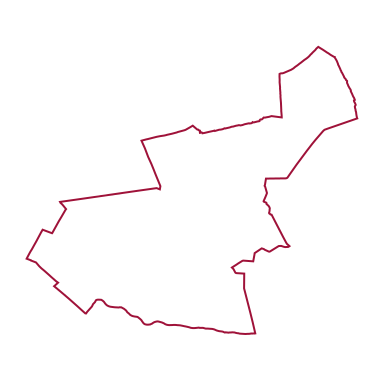 outline of Boldur, Timis, Romania, rotated 179°
{"feature_id": "2599482B65945802034893", "entity_name": "Boldur", "entity_type": "district", "adm_level": 2, "iso_a3": "ROU", "parent_name": "Romania", "parent_adm1": "Timis", "projection": "equal_earth", "projection_center": [21.738, 45.676], "detail": "fine", "context": "isolated", "style": "outline", "palette": "rose", "viewbox_px": 384, "rotation_deg": 179, "n_neighbors": 0, "source": "geoboundaries", "source_scale": "gbopen_adm2", "svg_char_len": 5804}
<svg xmlns="http://www.w3.org/2000/svg" viewBox="0 0 384 384"><g transform="rotate(179 192 192)"><path d="M299.1,187.5L324.1,184.4L323.8,183.8L323.7,183.5L322.1,182.0L320.7,180.3L318.2,177.1L318.7,176.5L323.3,168.9L325.8,164.9L328.1,160.9L332.5,153.3L332.6,153.2L342.0,156.9L343.8,153.9L348.4,145.6L350.8,141.5L353.1,137.5L354.6,135.2L355.8,133.1L358.5,128.2L354.2,126.5L354.2,126.3L349.2,124.3L346.0,120.4L343.9,118.3L341.1,115.9L336.2,111.4L334.0,109.3L329.5,105.2L327.5,103.7L331.5,100.2L325.6,95.1L317.1,87.6L308.6,79.8L303.3,74.8L300.8,72.5L300.0,72.4L299.0,73.9L296.7,76.4L294.2,79.1L293.7,79.9L292.9,81.6L291.0,83.5L290.1,85.1L289.7,85.6L288.8,85.9L287.8,86.0L285.7,85.9L284.6,85.8L283.5,85.1L283.0,84.7L282.0,83.8L280.7,81.9L279.6,80.7L278.6,79.9L276.9,79.1L275.5,78.7L271.4,78.1L267.2,77.8L266.6,78.0L266.4,78.0L265.4,77.9L265.0,78.0L264.7,77.9L263.6,77.3L262.4,76.6L262.0,76.4L261.8,76.2L260.7,75.3L260.2,74.9L259.6,74.1L259.4,73.9L259.3,73.7L259.1,73.4L258.8,72.9L257.2,71.6L255.9,70.2L255.6,70.0L254.1,69.2L253.6,69.0L251.5,68.5L249.5,68.2L248.9,68.1L248.6,68.0L248.3,67.8L246.0,65.9L245.5,65.4L244.8,64.7L244.3,63.8L243.7,63.0L243.4,62.4L243.2,62.2L242.4,61.3L241.9,60.9L241.6,60.7L241.0,60.5L239.9,60.2L238.3,60.1L237.3,60.2L236.1,60.3L234.8,60.9L234.0,61.2L233.6,61.6L232.0,62.5L231.4,62.7L229.8,63.1L228.8,63.2L228.4,63.2L227.5,63.0L224.4,62.1L222.4,61.2L221.1,60.3L220.6,60.1L219.6,59.7L219.1,59.6L218.2,59.4L216.9,59.3L214.5,59.3L212.8,59.4L212.0,59.4L211.6,59.4L211.2,59.4L208.6,59.1L207.2,59.0L206.2,58.9L203.9,58.4L202.3,58.0L200.8,57.7L199.1,57.3L197.2,56.8L195.5,56.2L193.4,55.9L192.3,55.9L191.7,55.9L190.5,56.0L188.4,56.2L187.5,56.3L187.1,56.1L186.4,56.0L184.1,56.0L183.5,56.0L181.1,55.3L180.7,55.2L178.1,55.1L176.1,54.9L174.5,54.8L173.5,54.6L172.1,54.2L171.0,53.7L170.0,53.2L168.4,52.7L167.3,52.4L164.4,52.0L163.3,51.7L162.1,51.1L161.9,51.0L161.5,50.9L161.4,50.9L161.0,51.1L160.6,51.1L160.1,51.0L158.4,50.8L158.2,50.8L158.0,50.7L156.7,50.9L155.1,50.9L154.4,51.0L154.0,51.0L153.2,50.9L152.4,50.9L152.0,50.8L150.9,50.5L150.7,50.4L150.2,50.3L149.0,50.0L148.3,50.0L147.0,49.6L146.1,49.5L141.2,49.1L138.6,49.2L136.9,49.2L136.3,49.3L135.3,49.5L134.4,49.4L133.0,49.5L131.8,49.4L131.2,49.5L133.6,60.7L135.8,70.3L141.6,94.7L141.2,109.5L148.8,110.1L149.4,110.2L150.1,110.7L151.8,114.1L153.4,115.8L148.8,118.6L147.0,119.8L142.8,122.3L141.9,122.5L132.0,121.6L130.7,128.0L130.4,129.8L123.3,134.4L121.2,133.7L120.3,133.0L116.3,131.1L115.7,131.0L115.2,131.1L106.3,136.4L105.9,136.5L103.7,136.5L101.1,135.6L99.8,135.3L96.8,135.4L96.4,135.6L95.5,136.2L97.9,138.4L98.6,139.5L101.4,144.9L108.3,158.8L112.8,167.9L113.8,168.1L113.9,168.3L114.2,168.6L114.8,168.9L115.2,169.3L115.3,169.9L115.1,170.3L115.0,170.7L114.7,172.5L114.7,173.3L114.5,173.9L114.6,174.7L114.9,175.5L115.7,176.8L117.7,178.7L117.7,179.1L117.7,179.5L117.9,180.0L120.4,181.1L120.6,181.5L118.6,185.9L117.2,189.2L117.1,189.8L118.8,196.2L119.3,196.9L119.2,197.2L118.9,197.9L118.6,199.7L117.8,204.1L98.1,204.0L97.5,204.1L96.9,204.3L96.3,204.7L94.0,207.9L87.0,217.5L76.5,231.1L70.9,238.1L67.5,242.1L59.8,250.7L59.0,251.4L58.4,251.9L55.2,253.0L25.5,262.7L25.8,263.5L26.0,264.7L26.1,265.1L26.2,265.8L26.4,267.2L26.5,268.5L26.7,269.6L27.0,270.3L27.0,270.8L27.1,271.8L27.6,273.4L27.6,274.2L27.7,274.6L27.5,275.1L27.2,275.5L27.0,275.9L26.8,276.2L26.8,276.3L27.2,277.4L27.4,277.8L27.5,278.1L28.0,279.0L28.3,279.6L28.5,280.6L28.3,280.9L28.1,281.1L27.6,281.3L28.3,283.2L28.9,284.2L29.5,285.4L30.1,287.0L31.4,289.8L31.5,290.1L31.5,290.4L31.4,290.8L31.5,291.0L31.7,291.6L31.8,291.8L32.2,292.4L32.8,293.3L33.0,293.8L33.8,295.2L34.4,296.9L34.9,297.9L35.1,298.6L35.0,299.6L35.0,300.0L35.0,300.3L35.2,300.6L35.8,301.0L36.0,301.2L36.1,301.5L36.3,302.0L36.5,302.4L36.7,302.6L37.1,303.0L37.6,303.6L37.8,303.9L37.9,304.1L37.9,304.5L38.0,304.7L39.9,308.6L40.1,308.8L40.6,309.6L40.6,310.0L40.8,310.5L41.3,311.3L41.6,312.3L43.1,315.7L43.7,316.8L43.8,317.6L44.2,318.6L44.8,320.2L45.3,321.2L46.3,323.0L47.0,324.1L47.0,324.5L47.4,324.5L51.2,326.8L51.7,327.2L53.2,328.3L53.7,328.6L54.4,329.0L56.1,330.2L58.7,332.0L60.6,333.2L63.2,334.9L63.9,334.3L65.2,333.2L66.0,332.1L66.6,331.5L69.0,329.3L70.2,328.0L70.9,327.5L72.2,326.0L73.6,324.7L73.9,324.5L74.5,324.0L76.2,322.8L77.2,322.2L81.4,319.0L82.2,318.5L83.3,317.6L85.1,316.3L86.2,315.6L87.4,314.7L88.3,313.9L90.7,312.5L96.1,310.3L98.3,309.4L99.5,309.1L100.8,309.1L101.6,308.9L102.4,308.5L102.5,305.9L102.4,302.6L102.5,300.1L102.1,295.1L102.2,294.2L101.9,289.8L102.0,288.8L101.8,287.2L101.9,285.7L101.5,279.7L101.3,272.2L101.4,271.4L101.3,271.0L101.0,266.4L101.0,265.0L111.2,266.5L113.7,265.8L116.2,265.4L117.8,265.1L119.0,265.2L119.8,264.4L120.2,263.9L120.9,263.4L121.2,263.3L121.5,263.3L122.0,263.4L122.4,263.3L122.8,262.9L123.1,262.5L123.2,262.0L123.3,261.7L124.3,261.5L125.2,261.4L127.7,260.8L129.0,260.5L129.5,260.5L130.2,260.8L130.5,260.2L130.9,260.0L131.5,259.7L133.4,259.5L133.6,259.6L133.8,259.7L135.9,259.3L138.3,258.8L140.3,258.1L142.3,257.7L143.2,257.9L143.7,258.0L144.3,258.0L144.8,257.8L146.8,257.5L149.7,256.7L151.0,256.6L151.7,256.4L153.1,255.9L157.8,254.9L158.1,255.1L158.4,255.1L160.1,254.3L162.1,253.9L163.7,253.8L168.1,252.6L168.5,253.0L169.6,252.7L173.6,251.9L178.2,250.9L181.3,250.4L181.0,250.6L180.9,250.9L181.0,251.2L181.5,251.5L181.9,251.5L182.4,251.1L183.0,251.0L183.1,251.5L182.9,252.3L182.9,252.8L183.0,253.2L183.1,253.3L183.9,253.4L184.3,253.7L184.6,254.2L184.8,254.3L185.2,254.3L185.7,254.4L190.1,258.3L192.7,256.8L197.1,254.4L197.8,254.1L198.8,253.8L205.2,252.2L206.2,251.8L211.1,250.6L216.0,249.6L217.0,249.3L219.0,248.9L219.9,248.8L222.9,248.4L226.3,247.8L235.7,245.6L236.8,245.4L241.6,244.2L239.6,239.5L238.2,236.2L235.2,227.8L232.1,220.7L230.0,215.3L228.1,210.2L223.5,198.4L224.1,195.2L227.3,196.5L250.0,193.7L299.1,187.5Z" fill="none" stroke="#9f1239" stroke-width="2"/></g></svg>